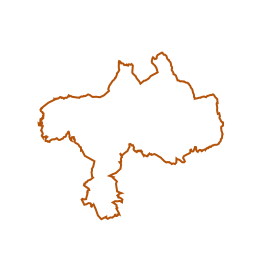 Santa María de los Ángeles, Jalisco, Mexico, rotated 136°
{"feature_id": "50627088B16620739147386", "entity_name": "Santa María de los Ángeles", "entity_type": "district", "adm_level": 2, "iso_a3": "MEX", "parent_name": "Mexico", "parent_adm1": "Jalisco", "projection": "natural_earth1", "projection_center": [-103.187, 22.191], "detail": "fine", "context": "isolated", "style": "outline", "palette": "amber", "viewbox_px": 256, "rotation_deg": 136, "n_neighbors": 0, "source": "geoboundaries", "source_scale": "gbopen_adm2", "svg_char_len": 5807}
<svg xmlns="http://www.w3.org/2000/svg" viewBox="0 0 256 256"><g transform="rotate(136 128 128)"><path d="M160.8,200.1L161.5,199.5L167.7,201.5L176.5,202.4L176.5,201.9L178.2,202.0L178.9,200.7L178.8,199.3L178.5,198.8L179.0,198.0L178.6,197.3L178.7,197.0L179.9,196.2L180.2,195.6L180.7,195.8L181.3,195.4L181.5,194.6L182.1,194.0L182.7,194.0L183.0,194.5L183.3,194.1L183.9,194.0L183.7,194.6L184.7,195.2L187.6,192.7L187.5,191.9L186.1,191.9L186.2,191.5L186.8,190.8L187.6,191.5L188.7,191.1L189.1,193.3L190.2,191.8L188.9,190.5L189.1,190.4L188.0,188.6L192.2,186.6L192.1,185.8L192.6,185.4L192.6,184.5L193.2,183.1L194.5,182.5L195.0,182.7L195.5,182.2L195.8,180.3L195.5,180.6L193.0,178.7L192.7,178.5L192.8,178.8L192.6,178.9L192.3,178.4L192.4,177.7L194.6,177.5L195.5,177.0L196.3,175.8L195.0,174.5L195.1,173.7L194.6,173.4L194.3,172.6L194.0,172.5L193.5,173.2L190.5,172.5L188.6,170.8L186.3,170.1L186.4,168.9L185.9,167.3L184.8,166.5L183.2,166.2L182.3,165.6L180.9,166.0L180.1,165.9L179.0,165.1L178.0,165.4L176.8,166.2L175.3,166.2L173.8,166.8L173.3,166.6L173.5,165.9L175.4,163.0L176.4,162.3L176.8,161.0L177.3,160.4L177.2,159.7L177.6,158.9L177.4,158.3L177.1,159.1L174.8,160.3L173.6,159.5L173.3,159.0L174.4,158.0L174.0,157.6L174.4,156.7L174.7,156.7L175.0,155.9L176.0,155.6L176.1,153.5L175.3,151.6L175.3,149.9L175.8,148.2L175.3,146.8L177.5,144.3L176.6,144.0L176.7,143.5L178.4,138.0L175.2,127.4L179.8,124.4L182.5,123.6L183.5,122.3L184.9,121.6L187.5,118.1L187.6,116.6L188.5,116.9L188.9,116.7L190.8,116.9L193.6,118.1L195.3,117.5L195.0,117.8L196.2,118.3L197.4,117.6L198.1,118.3L199.6,117.3L198.4,111.6L199.0,110.3L200.0,110.9L200.6,110.9L201.6,109.8L202.0,110.1L203.2,108.6L206.1,107.0L207.5,105.9L209.4,107.3L209.9,108.7L211.0,108.8L212.7,103.1L210.6,101.9L209.7,101.8L208.5,101.3L207.5,100.1L207.3,99.5L208.3,97.8L208.9,97.4L208.9,96.7L208.6,96.6L207.1,97.4L206.5,96.5L205.9,96.7L207.6,92.1L210.4,85.9L210.5,80.9L205.3,79.3L206.1,78.5L205.7,76.8L202.9,76.0L201.5,74.4L199.9,74.3L198.2,73.8L198.1,74.2L197.6,74.6L197.2,74.3L197.7,73.7L197.7,73.0L197.1,72.4L195.9,72.3L195.6,72.7L195.0,72.9L194.6,72.7L194.3,71.8L193.6,73.3L192.3,78.1L191.7,78.0L191.4,78.5L191.1,78.3L191.0,79.4L190.3,79.8L189.8,80.6L190.2,83.3L190.7,85.0L188.0,84.3L186.7,82.7L184.6,81.3L183.9,78.8L182.8,79.8L182.8,80.1L181.8,80.3L181.7,81.3L182.4,83.7L182.6,84.2L183.2,84.6L183.1,85.1L182.0,85.6L181.9,86.1L182.6,86.4L182.6,86.8L179.7,86.7L178.0,85.7L179.9,89.9L175.4,96.2L173.1,97.3L173.4,102.7L172.5,102.7L174.6,106.5L171.1,105.4L167.9,104.0L161.7,103.9L158.1,106.7L157.8,109.3L156.6,108.4L155.4,109.5L155.3,110.0L155.0,110.3L153.2,111.4L152.6,111.2L152.3,111.6L151.6,114.6L151.4,114.6L151.5,112.4L147.6,112.3L144.4,111.8L140.5,113.3L140.0,113.3L137.9,116.0L138.0,115.7L137.5,115.0L137.2,114.1L137.1,113.1L137.3,112.8L136.4,112.1L137.3,109.7L138.7,109.0L139.0,108.1L139.0,106.5L138.6,105.0L138.1,105.4L137.6,104.6L137.2,104.7L136.3,103.8L136.2,104.4L134.3,102.8L134.3,101.5L135.0,101.4L136.0,96.9L135.2,97.1L134.9,96.8L134.0,94.5L133.6,94.1L132.0,94.7L130.3,94.7L130.5,93.8L129.5,93.1L129.7,92.3L127.1,90.9L126.3,89.0L125.5,85.6L125.0,84.1L124.9,78.9L124.5,77.0L124.2,76.5L123.5,76.3L123.0,75.4L122.1,75.0L122.1,74.2L121.7,73.6L121.6,71.7L120.1,71.2L119.2,69.4L117.2,69.6L114.3,72.4L114.1,70.8L113.3,69.9L113.0,68.8L112.8,65.8L111.7,64.5L110.4,64.4L109.8,65.7L109.2,68.1L107.9,68.8L107.0,68.9L100.8,67.0L99.5,67.6L98.7,68.8L97.8,68.8L97.6,68.6L98.3,67.6L98.4,67.1L97.7,66.1L97.1,65.9L94.8,66.8L93.0,67.8L92.4,67.1L94.4,64.3L94.6,63.2L94.4,62.4L94.0,62.6L91.7,62.5L90.9,61.5L91.2,60.2L90.4,59.9L90.1,60.1L89.2,60.0L87.6,59.0L87.6,58.7L87.2,59.0L86.8,58.6L86.2,58.4L85.5,58.8L85.2,58.5L84.2,58.3L84.0,57.7L82.7,58.0L81.9,57.1L81.6,57.4L81.2,56.9L79.4,56.8L79.1,56.4L77.5,55.9L75.6,54.1L73.5,53.6L72.7,54.1L70.5,54.2L68.9,55.5L67.9,55.3L66.9,55.9L65.3,57.4L64.6,57.5L64.4,58.1L64.0,58.2L62.5,61.5L61.4,62.6L61.2,63.2L60.0,64.1L58.1,63.7L56.7,65.0L55.8,66.0L55.8,66.3L56.4,66.7L56.2,68.8L55.9,69.2L55.2,71.8L54.6,72.3L53.8,72.5L52.2,75.2L53.6,75.7L53.4,76.1L51.6,78.9L49.6,80.7L47.6,83.7L46.9,84.2L46.3,83.6L43.7,86.9L43.8,89.5L43.3,92.1L43.4,93.0L44.1,93.5L44.9,93.5L45.9,94.5L49.0,96.0L50.4,95.9L51.5,97.9L52.9,98.8L53.8,99.0L54.4,99.5L55.0,99.5L55.7,100.3L57.3,101.1L59.7,102.7L59.0,103.3L59.0,104.4L57.4,106.2L56.7,108.2L54.9,111.2L54.7,113.4L53.9,115.3L53.9,116.6L53.6,117.7L53.8,118.1L53.6,118.4L53.8,119.2L54.9,120.6L55.4,122.7L55.9,122.8L56.8,124.3L58.1,125.3L58.4,127.0L59.3,127.8L57.2,132.3L57.3,134.2L57.9,135.1L57.0,136.2L56.3,139.2L55.8,139.9L54.8,140.3L54.1,141.1L53.8,142.6L52.1,145.1L51.8,146.1L51.8,147.7L51.4,148.4L51.7,148.6L51.6,150.6L50.3,153.2L50.6,155.2L51.3,155.8L51.2,157.6L50.9,158.2L51.2,158.7L56.0,159.9L57.7,159.5L58.8,158.3L59.4,158.2L60.8,158.9L60.9,161.5L61.9,161.2L64.6,159.5L65.4,158.2L65.3,153.8L65.7,152.4L65.6,152.0L68.0,147.4L75.5,149.6L78.8,149.2L82.7,150.1L83.6,150.9L88.3,151.2L87.6,153.4L87.2,158.0L86.5,159.7L86.7,164.3L86.0,165.3L81.1,169.6L81.3,171.0L81.1,171.5L82.1,171.7L83.1,173.2L83.5,173.4L84.5,172.9L84.9,174.3L85.3,174.0L85.7,174.7L87.0,175.9L86.7,176.9L86.9,178.2L88.0,179.2L87.4,181.0L87.9,182.3L88.7,181.9L89.4,181.3L89.8,180.4L90.6,180.0L91.9,178.6L92.8,177.7L93.9,175.8L94.4,175.6L96.9,174.9L98.0,175.0L98.8,174.2L101.7,172.8L102.4,173.0L102.6,172.7L105.0,172.4L106.2,172.6L112.2,171.3L115.2,169.7L115.9,167.9L122.7,168.2L126.8,169.6L129.2,172.6L132.0,175.0L132.6,178.5L133.5,179.9L136.2,180.5L137.1,181.0L137.6,181.8L138.7,182.0L139.8,183.2L142.1,183.6L142.1,184.0L143.1,184.8L146.6,189.4L146.9,190.7L147.6,191.3L147.8,192.3L148.6,191.7L148.8,191.9L148.5,192.5L150.6,192.2L151.3,192.4L152.1,193.4L153.8,193.6L153.9,195.2L154.9,195.8L154.7,196.3L155.2,196.8L155.3,197.4L157.7,197.7L158.0,198.1L158.8,198.3L159.3,199.1L160.1,198.9L160.7,199.5L160.8,200.1Z" fill="none" stroke="#b45309" stroke-width="2"/></g></svg>